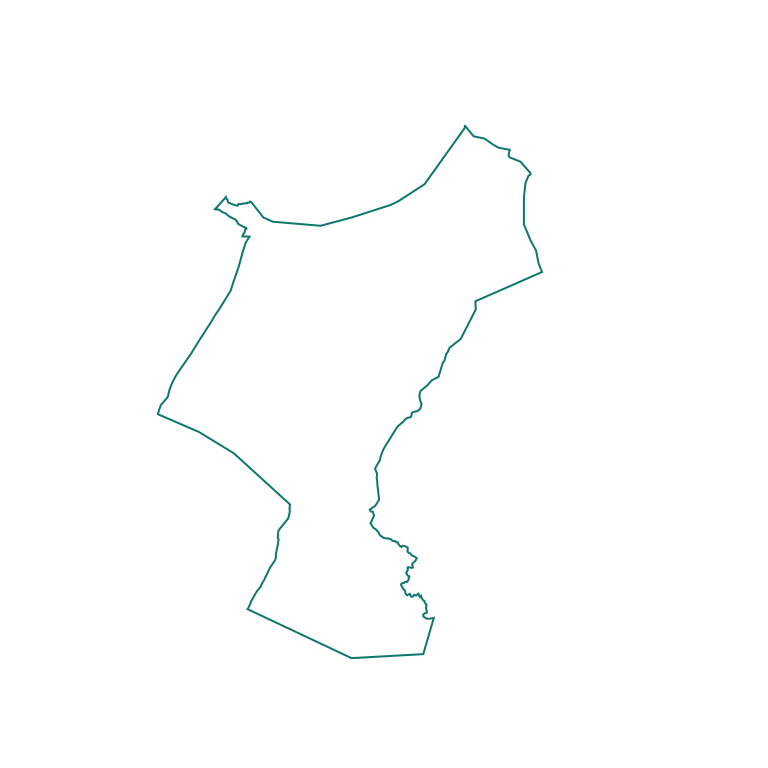 the district of Teococuilco de Marcos Pérez, Oaxaca, Mexico, rotated 325°
{"feature_id": "50627088B57116548490410", "entity_name": "Teococuilco de Marcos Pérez", "entity_type": "district", "adm_level": 2, "iso_a3": "MEX", "parent_name": "Mexico", "parent_adm1": "Oaxaca", "projection": "mercator", "projection_center": [-96.676, 17.319], "detail": "fine", "context": "isolated", "style": "outline", "palette": "teal", "viewbox_px": 768, "rotation_deg": 325, "n_neighbors": 0, "source": "geoboundaries", "source_scale": "gbopen_adm2", "svg_char_len": 3502}
<svg xmlns="http://www.w3.org/2000/svg" viewBox="0 0 768 768"><g transform="rotate(325 384 384)"><path d="M361.7,140.2L345.8,143.9L346.9,145.0L348.0,145.6L349.4,147.8L350.2,150.5L351.5,152.5L352.3,153.9L352.8,156.3L353.4,158.2L355.4,161.9L356.7,164.3L356.7,167.0L356.4,168.9L357.3,171.2L358.6,173.7L359.7,175.6L360.6,177.1L360.3,178.0L359.4,177.8L358.9,177.9L357.6,179.1L356.6,179.9L355.2,180.3L353.9,180.9L352.7,181.9L358.4,186.1L352.0,188.8L344.9,194.1L332.7,204.2L324.3,210.4L319.6,213.7L311.9,219.6L293.4,227.6L284.7,230.9L278.2,233.9L255.5,243.2L242.6,248.8L225.6,255.0L217.5,258.2L210.1,262.2L205.2,265.5L199.4,270.6L189.1,273.3L184.8,276.3L182.9,277.8L181.5,279.1L205.0,317.4L221.3,354.8L237.9,428.8L235.3,431.6L233.6,434.6L228.6,439.1L216.4,442.6L213.1,443.8L208.8,449.0L208.6,450.7L205.0,454.6L197.6,461.6L196.0,464.0L193.6,465.9L185.5,469.0L172.9,476.0L168.5,478.0L166.9,479.3L161.1,480.8L150.1,486.0L147.4,488.0L143.1,490.2L200.1,589.9L238.0,613.4L261.2,627.8L290.6,604.2L287.7,602.9L286.4,602.1L285.1,601.3L284.1,600.3L283.2,598.0L282.9,596.9L283.4,596.0L284.2,595.3L285.9,595.3L286.8,595.6L288.3,595.7L288.8,594.6L289.5,592.4L290.0,591.5L290.4,591.0L291.1,590.3L292.2,589.3L291.9,586.4L292.6,585.2L292.0,582.8L292.3,580.5L292.9,578.8L291.2,579.1L291.8,575.4L289.0,575.7L287.9,574.0L287.0,574.3L286.0,574.6L285.4,574.5L285.1,574.4L284.9,574.4L284.6,574.3L284.5,574.0L284.2,572.9L284.8,571.8L284.8,570.7L283.6,570.5L281.8,570.4L281.4,568.8L281.7,567.5L282.7,565.4L282.4,564.6L282.3,562.9L282.5,559.9L282.8,558.3L283.5,557.7L284.6,557.7L286.0,558.4L287.9,558.2L288.7,558.6L289.2,559.4L290.8,558.9L291.9,558.4L292.9,557.0L294.2,556.5L294.3,555.8L293.7,554.9L293.6,552.0L293.9,551.5L294.9,551.0L295.7,550.4L296.7,550.2L297.4,549.2L297.6,548.3L298.2,547.8L299.1,548.2L300.3,549.5L301.3,550.5L302.1,550.9L302.8,550.3L303.1,549.1L303.6,547.7L304.9,547.3L308.7,546.7L310.9,545.5L310.3,543.3L308.4,540.3L308.4,538.0L307.5,536.9L307.1,534.8L308.4,533.3L309.6,531.6L308.2,528.9L306.3,527.1L304.7,527.5L304.1,525.6L304.1,523.1L304.5,521.7L303.3,520.7L303.3,519.4L301.8,518.3L300.9,517.1L300.6,515.1L298.3,512.4L297.0,511.5L295.2,509.6L295.0,507.9L294.2,506.9L294.0,504.7L294.4,502.8L294.0,498.6L292.8,495.6L293.1,490.3L300.4,486.1L301.5,482.2L300.0,480.5L300.3,478.7L307.0,478.8L313.7,475.9L320.7,462.9L322.7,459.7L324.1,456.8L326.8,453.6L328.1,448.4L329.6,447.4L337.0,444.0L340.1,441.1L345.7,437.4L349.9,435.4L369.7,427.0L371.8,426.5L378.5,425.9L380.7,425.2L382.1,425.1L384.4,425.3L385.5,426.0L386.8,426.5L389.1,425.1L389.9,423.8L391.2,423.6L392.5,424.0L394.0,424.5L395.6,425.3L396.9,425.3L399.3,425.1L400.8,424.1L402.3,422.9L403.2,422.1L403.6,420.8L404.8,416.5L405.6,415.0L406.4,413.9L407.2,412.8L409.4,411.0L411.1,410.5L418.2,410.1L425.2,408.4L432.8,409.4L444.1,400.5L447.0,399.5L452.4,395.0L454.6,394.3L458.4,391.9L472.6,391.1L501.9,375.6L506.3,368.6L577.7,382.9L579.8,373.8L585.1,362.0L586.3,350.9L590.2,333.4L605.8,311.2L615.3,300.4L622.0,296.2L622.3,296.3L622.7,296.3L623.1,296.4L623.6,296.5L624.1,296.4L624.8,295.7L624.9,294.6L624.2,288.2L623.3,280.2L616.7,270.1L617.3,267.9L621.3,264.3L613.5,256.3L610.7,250.5L607.1,240.7L599.5,232.5L598.4,218.2L597.7,220.3L531.8,243.6L500.7,242.5L492.0,241.1L453.2,229.1L422.8,218.0L386.0,187.3L380.7,178.4L379.6,158.8L378.9,157.7L377.7,158.0L376.7,157.6L376.3,157.2L375.3,157.3L373.8,156.2L369.6,154.4L368.3,153.1L366.3,153.9L364.3,151.9L362.9,149.7L360.4,145.8L361.5,143.2L361.1,141.9L361.7,140.2Z" fill="none" stroke="#0f766e" stroke-width="2"/></g></svg>